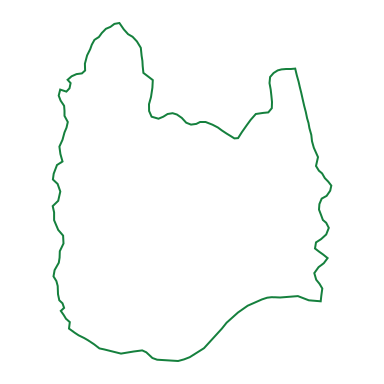 outline of Planura, Minas Gerais, Brazil
{"feature_id": "56859067B88533243460253", "entity_name": "Planura", "entity_type": "district", "adm_level": 2, "iso_a3": "BRA", "parent_name": "Brazil", "parent_adm1": "Minas Gerais", "projection": "equal_earth", "projection_center": [-48.641, -20.071], "detail": "fine", "context": "isolated", "style": "outline", "palette": "green", "viewbox_px": 384, "rotation_deg": 0, "n_neighbors": 0, "source": "geoboundaries", "source_scale": "gbopen_adm2", "svg_char_len": 2248}
<svg xmlns="http://www.w3.org/2000/svg" viewBox="0 0 384 384"><path d="M295.2,68.6L290.9,69.0L286.1,69.0L281.5,69.4L277.7,70.4L273.6,73.0L270.1,77.0L269.5,83.1L270.7,89.6L271.4,95.9L272.0,102.0L271.8,108.2L268.3,112.4L263.2,112.9L255.8,114.0L250.7,119.8L246.9,125.0L241.7,132.4L238.1,138.1L234.4,138.4L230.9,136.2L226.5,133.5L221.8,130.4L217.9,127.5L212.5,124.7L205.6,122.0L200.1,122.0L196.3,123.9L191.0,124.6L186.2,122.7L181.8,117.9L176.9,114.5L172.6,113.2L167.6,114.0L163.3,116.7L158.5,118.7L151.6,116.7L149.1,111.0L149.0,104.2L151.0,97.0L152.4,87.7L152.8,80.1L148.8,77.0L143.4,72.9L142.7,66.2L142.4,60.9L141.6,55.7L140.8,47.8L136.9,41.4L132.6,36.8L128.1,34.2L123.8,29.4L119.4,23.0L114.4,23.9L110.4,26.9L105.9,28.8L101.8,33.0L98.9,37.0L94.5,39.8L91.8,44.7L90.2,49.2L87.1,55.4L84.9,63.7L85.1,70.5L81.9,73.4L76.5,74.1L71.6,76.3L67.6,79.8L70.6,83.1L69.5,88.3L66.4,91.6L60.2,89.6L58.7,95.6L60.6,100.6L64.1,105.8L64.5,110.8L64.5,115.9L67.8,122.0L66.5,127.7L64.5,132.4L62.5,139.8L59.4,146.6L60.4,154.0L62.5,161.5L57.0,165.0L53.7,173.7L52.9,179.5L57.6,183.9L60.3,191.5L58.2,200.8L52.7,206.1L54.1,212.4L54.1,220.2L58.2,229.9L63.1,235.6L63.5,243.5L59.8,251.2L59.6,257.6L58.8,262.7L54.6,270.1L53.5,276.4L56.4,281.1L57.7,286.0L58.0,294.2L59.3,300.3L62.5,303.3L64.1,307.9L60.8,310.9L63.7,315.0L66.0,318.8L69.8,322.1L69.0,328.6L74.8,332.8L78.6,335.3L84.1,338.0L87.9,340.2L94.1,344.3L99.4,348.4L104.1,349.4L121.0,353.6L133.7,351.5L142.2,350.4L146.3,352.3L152.4,358.0L157.1,359.7L173.2,360.7L178.1,361.0L184.0,359.4L189.7,357.2L204.0,348.2L221.8,328.7L226.6,322.7L238.0,312.5L247.7,305.7L262.0,299.4L267.2,297.7L271.5,297.2L275.8,297.3L280.1,297.5L297.9,296.1L308.8,300.3L320.7,301.3L321.3,295.8L322.3,288.5L319.5,283.8L316.2,279.7L314.3,273.1L318.6,267.1L323.8,263.2L327.6,258.1L323.1,254.5L319.3,251.8L315.0,248.5L316.0,242.4L321.1,239.1L326.2,234.5L328.8,227.9L326.2,222.8L322.9,220.0L321.1,215.1L319.0,209.6L319.4,204.1L321.7,198.6L326.6,195.9L330.2,190.7L331.3,185.6L328.3,181.7L324.8,178.1L322.1,173.4L318.9,170.7L316.0,166.0L318.0,157.1L313.8,147.7L312.0,141.2L311.3,134.9L309.4,128.1L308.5,123.0L307.1,118.3L305.8,112.0L304.2,105.9L302.6,98.9L301.2,92.6L299.8,87.0L298.6,81.7L296.8,75.3L295.2,68.6Z" fill="none" stroke="#15803d" stroke-width="2"/></svg>